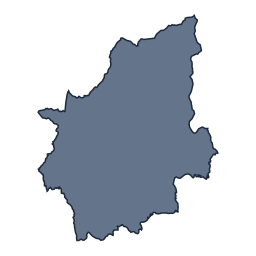 the district of Aileu Vila, Aileu, East Timor
{"feature_id": "22284137B9751791093782", "entity_name": "Aileu Vila", "entity_type": "district", "adm_level": 2, "iso_a3": "TLS", "parent_name": "East Timor", "parent_adm1": "Aileu", "projection": "robinson", "projection_center": [125.556, -8.74], "detail": "fine", "context": "isolated", "style": "filled", "palette": "slate", "viewbox_px": 256, "rotation_deg": 0, "n_neighbors": 0, "source": "geoboundaries", "source_scale": "gbopen_adm2", "svg_char_len": 5776}
<svg xmlns="http://www.w3.org/2000/svg" viewBox="0 0 256 256"><path d="M192.6,69.3L192.0,66.6L192.1,64.1L191.9,61.9L190.6,59.8L191.0,57.5L191.6,56.2L196.3,54.0L197.7,54.1L198.8,52.6L201.1,51.0L201.4,50.3L200.2,44.9L198.3,43.4L197.0,42.0L194.2,33.5L195.3,31.1L194.7,28.0L194.9,26.2L197.0,21.6L197.3,19.9L195.2,18.2L194.3,15.4L193.2,16.4L191.7,17.2L187.5,17.5L185.2,18.3L185.1,19.9L183.2,21.1L181.3,24.5L179.8,24.3L176.2,25.4L174.1,24.9L173.3,25.3L172.0,24.7L171.3,25.6L170.8,25.8L168.7,25.5L166.7,28.0L165.4,29.1L163.3,30.4L161.0,30.4L160.1,31.1L156.5,34.3L154.5,38.2L143.5,39.5L142.1,38.9L141.0,39.0L138.4,42.2L137.7,44.3L137.9,45.5L136.9,46.1L136.1,45.8L134.7,44.5L132.9,44.0L131.9,42.7L130.4,41.3L126.8,40.4L122.3,37.9L120.7,38.3L120.5,40.0L118.6,41.3L117.0,42.8L114.6,47.2L113.2,48.4L112.3,50.5L111.0,51.0L110.8,51.5L110.8,53.2L109.4,56.9L109.6,57.6L110.4,57.8L110.7,58.8L110.4,61.9L110.9,63.2L110.7,64.1L110.9,65.0L109.9,67.9L109.0,68.6L108.2,70.0L107.9,72.1L106.9,73.6L104.8,74.2L104.4,75.3L104.3,77.5L102.9,79.9L102.7,80.8L98.5,84.7L97.6,86.5L96.3,87.5L95.8,87.5L95.3,87.0L93.6,88.6L93.1,89.8L92.6,89.9L91.0,91.8L90.3,92.0L90.1,92.4L90.2,93.0L89.3,93.9L89.3,94.6L88.4,95.6L87.5,95.4L86.6,95.9L84.5,95.5L84.2,95.7L84.4,96.7L84.1,97.1L82.1,97.8L80.5,97.5L79.2,96.4L78.7,96.4L78.1,97.4L76.6,97.9L75.3,96.7L72.8,96.1L71.9,95.4L69.5,92.9L68.6,90.8L67.8,92.2L67.2,94.4L65.9,102.1L65.0,111.3L64.7,111.6L63.1,110.6L62.2,111.4L61.5,111.5L60.1,111.2L59.9,111.6L58.3,110.7L58.3,109.9L57.8,109.2L54.9,110.2L53.7,110.4L51.4,108.7L50.7,108.6L49.4,109.2L48.1,109.0L47.6,108.4L46.8,108.7L46.0,108.5L45.5,109.1L43.7,110.0L39.5,110.7L38.6,111.2L38.2,112.4L42.6,117.9L44.7,118.1L46.4,118.8L48.1,117.9L49.4,118.7L50.8,120.3L52.5,121.3L53.6,123.1L54.8,123.8L56.3,124.0L57.8,125.0L58.3,125.9L57.9,127.9L56.7,128.8L56.0,130.8L57.9,132.0L58.2,132.4L58.2,133.4L57.1,135.8L56.7,136.1L55.7,138.8L54.8,139.7L54.4,140.8L52.8,141.8L53.4,143.0L53.3,143.6L52.3,144.0L53.6,145.4L53.7,147.1L54.4,148.5L53.6,150.8L51.8,152.0L51.0,153.5L47.4,154.0L47.3,154.4L48.1,155.3L47.4,155.8L46.9,157.8L45.7,158.7L45.2,161.8L44.8,162.3L44.0,162.6L42.6,165.0L41.5,165.4L40.4,167.4L39.5,167.8L39.5,169.0L39.3,169.3L38.4,169.1L38.4,169.5L38.8,170.1L39.0,171.3L40.4,172.2L42.4,174.4L43.0,174.5L43.3,175.0L43.1,175.6L43.5,176.4L43.1,178.1L43.4,178.7L43.4,179.9L43.7,181.1L44.4,181.3L44.4,183.1L44.7,183.8L44.3,185.1L45.0,185.5L45.2,186.2L45.9,185.8L46.7,189.6L47.1,190.3L47.1,191.2L47.6,190.9L48.2,189.9L48.5,188.9L49.1,188.2L49.7,188.2L50.7,187.3L51.6,189.1L52.4,189.6L54.3,189.1L55.2,187.7L56.4,188.3L56.9,187.7L58.8,188.7L58.8,188.1L58.3,187.6L59.4,186.9L59.8,187.3L59.7,188.1L60.9,188.6L61.3,189.3L61.3,192.2L61.5,193.2L62.6,193.1L63.0,193.6L64.0,193.5L64.2,194.6L64.8,195.6L64.7,197.4L65.6,197.9L65.9,198.8L67.0,199.5L67.3,200.9L67.1,202.1L67.4,202.6L68.6,203.8L69.9,204.4L71.7,206.6L72.6,209.3L73.5,210.1L73.6,211.7L74.2,212.3L74.6,213.8L73.9,214.8L74.2,215.8L74.0,216.5L73.1,217.3L74.3,220.1L73.7,223.1L74.5,224.8L74.5,226.8L75.5,232.4L76.6,235.1L76.6,238.8L77.0,240.5L78.3,240.6L81.2,239.2L83.0,240.2L84.2,240.1L86.5,238.2L87.0,236.3L86.5,235.2L86.7,234.5L88.2,232.2L89.8,232.9L90.4,234.0L92.7,236.3L95.8,238.1L96.9,238.5L98.7,238.6L100.9,240.3L103.3,239.8L104.7,238.5L105.1,237.4L106.2,236.4L107.1,236.2L108.4,234.4L110.0,233.9L111.8,234.6L112.3,235.1L113.0,235.4L113.3,233.9L112.9,232.1L113.9,230.3L116.1,229.9L118.0,230.0L118.0,228.6L117.8,227.3L117.3,226.6L117.5,226.2L118.4,226.6L119.6,226.5L120.4,225.6L121.5,225.4L121.9,224.7L122.4,224.6L124.0,226.6L125.7,226.6L126.7,227.3L127.8,228.5L128.6,230.2L129.5,231.0L130.3,231.4L130.9,232.3L132.9,231.7L134.1,231.6L135.4,233.0L137.6,233.7L138.6,232.8L138.8,232.2L138.9,229.6L140.3,229.1L141.5,230.0L142.0,228.8L141.3,225.8L140.2,224.1L140.2,223.3L140.6,222.6L141.5,222.0L143.4,222.2L145.1,221.6L146.7,220.6L147.6,219.7L147.7,217.5L148.7,218.1L149.5,216.9L150.2,216.5L150.1,215.0L150.7,213.8L151.1,214.0L151.5,214.8L151.4,215.3L151.8,215.2L152.2,214.4L152.8,214.3L152.8,213.3L153.1,212.6L153.9,212.4L155.5,212.6L155.7,213.2L157.1,213.8L158.2,213.6L158.8,213.8L162.5,212.9L166.3,213.0L168.4,213.5L171.3,213.1L172.4,213.4L173.8,212.9L174.8,211.9L175.2,210.7L175.8,210.4L176.1,210.7L176.1,211.5L176.9,211.4L177.5,211.9L178.1,211.8L177.7,210.3L178.1,207.9L177.8,203.2L176.9,202.4L176.1,201.0L175.6,200.7L175.3,199.2L176.0,198.7L175.2,197.9L175.2,197.6L175.8,197.2L175.6,196.8L176.0,196.1L175.6,195.8L175.7,194.9L175.4,194.5L175.5,193.7L175.2,193.0L175.5,192.5L176.4,192.6L176.6,192.3L175.7,187.9L175.2,187.3L174.5,185.8L173.3,184.5L173.7,181.6L174.5,178.9L174.8,177.9L175.6,177.2L176.4,177.0L177.6,177.7L179.6,178.3L180.4,178.1L184.8,174.7L187.0,174.0L189.0,174.2L190.1,174.8L192.9,177.7L193.4,177.7L194.0,177.0L194.3,175.0L195.1,174.6L195.8,174.8L195.9,176.3L196.3,176.7L197.5,176.5L198.2,176.8L198.5,176.3L198.1,175.2L199.1,175.0L200.3,175.6L199.8,175.8L199.7,176.3L200.1,177.2L200.7,177.4L202.9,176.8L205.7,179.0L206.4,179.1L207.1,176.4L207.8,177.8L208.5,177.6L208.8,176.6L208.2,175.4L208.1,173.5L208.4,173.0L209.6,172.3L209.8,170.9L209.4,169.1L210.2,166.2L209.8,164.0L209.0,164.0L208.7,163.1L209.3,162.1L210.1,162.2L210.4,162.0L210.7,160.9L210.1,159.5L210.2,159.1L213.2,154.7L214.1,154.2L215.0,154.8L215.6,153.5L217.8,153.1L217.0,151.1L215.0,149.1L213.9,148.8L213.1,148.1L212.1,142.8L211.1,141.7L210.6,139.3L210.8,137.1L209.7,134.6L208.4,132.5L208.0,130.6L207.4,130.0L207.8,128.5L204.9,128.5L203.0,127.2L201.9,127.2L198.6,128.9L196.6,132.1L195.7,132.9L194.8,133.2L193.8,132.9L192.2,131.5L189.6,127.2L189.1,123.9L189.4,121.5L192.0,118.7L194.5,113.8L193.9,110.8L192.3,109.7L191.0,101.7L189.7,99.4L188.9,96.2L191.3,91.4L193.0,84.1L192.1,79.7L190.0,76.6L192.7,73.5L192.9,72.2L192.8,71.5L192.4,71.1L192.6,69.3Z" fill="#64748b" stroke="#1e293b" stroke-width="1.5"/></svg>